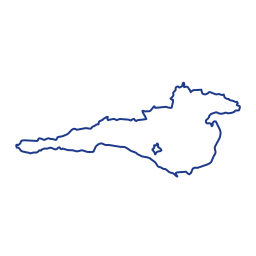 an SVG outline of Chuy, rotated 182°
{"feature_id": "KGZ-1116", "entity_name": "Chuy", "entity_type": "Region", "adm_level": 1, "iso_a3": "KGZ", "parent_name": "Kyrgyzstan", "parent_adm1": "", "projection": "natural_earth1", "projection_center": [74.767, 42.563], "detail": "fine", "context": "isolated", "style": "outline", "palette": "blue", "viewbox_px": 256, "rotation_deg": 182, "n_neighbors": 0, "source": "natural_earth", "source_scale": "10m", "svg_char_len": 5791}
<svg xmlns="http://www.w3.org/2000/svg" viewBox="0 0 256 256"><g transform="rotate(182 128 128)"><path d="M76.6,80.9L78.1,81.7L80.8,84.0L82.3,84.6L84.1,84.9L85.6,85.6L88.4,87.8L89.4,88.3L91.7,88.5L93.6,89.7L95.8,90.2L96.8,90.8L97.5,91.6L98.9,93.8L99.6,94.6L105.1,98.5L107.0,99.2L113.0,100.1L117.6,102.2L119.1,103.5L120.7,104.1L123.9,105.1L125.4,105.9L126.7,106.8L129.9,108.6L131.3,108.9L134.9,108.9L146.9,110.4L149.0,110.2L150.1,110.3L153.5,111.6L154.9,111.6L156.5,111.0L158.0,109.9L159.2,108.7L159.8,107.8L161.5,103.5L162.1,103.0L162.9,102.8L163.5,102.8L166.2,102.6L168.3,102.8L172.5,104.0L173.7,104.1L177.2,103.0L178.6,102.9L182.5,103.8L187.4,103.8L192.0,105.1L192.5,105.1L193.6,104.6L194.2,104.6L194.8,104.9L195.4,106.0L195.9,106.2L196.9,106.0L198.4,104.5L199.4,104.1L200.8,104.3L203.6,105.4L205.0,105.6L206.1,105.3L208.2,104.5L210.6,104.6L211.6,104.3L213.6,103.3L213.8,103.1L213.9,102.7L214.0,102.5L214.4,102.4L215.4,102.6L215.7,102.6L216.1,102.3L217.2,101.1L218.3,100.4L219.3,100.3L221.7,100.2L223.8,99.5L224.8,99.3L225.9,99.7L231.9,100.7L233.8,101.3L234.4,101.8L235.9,103.8L236.7,104.4L237.6,104.6L238.5,104.6L239.1,106.3L239.0,106.8L238.8,107.3L238.5,107.4L238.1,107.4L237.4,107.2L237.0,107.2L236.8,107.4L236.5,107.6L235.1,108.9L234.9,109.5L234.6,110.7L234.3,111.1L233.9,111.5L232.5,111.9L231.4,112.1L218.8,111.9L218.1,112.0L217.8,112.3L217.6,112.6L217.5,113.1L217.3,113.5L217.1,113.9L216.8,114.3L216.4,114.5L216.0,114.5L214.3,114.3L211.8,113.3L211.2,113.2L210.9,113.3L208.0,114.7L207.3,114.9L206.7,114.9L205.0,114.3L203.6,114.4L200.2,113.7L199.7,113.6L199.3,113.8L199.1,114.1L198.1,116.2L197.7,116.4L197.4,116.6L193.4,117.4L189.7,119.0L188.5,119.7L187.4,120.5L184.5,123.8L184.2,124.1L182.9,125.0L182.3,125.2L181.8,125.3L181.4,125.3L181.1,125.2L180.4,125.1L179.5,124.6L178.3,124.6L170.9,126.3L169.9,126.4L165.9,126.0L165.1,126.1L164.7,126.4L164.1,127.5L163.8,127.8L163.3,128.1L162.0,128.7L161.3,129.1L160.0,130.1L159.3,130.4L158.7,130.6L157.9,130.6L157.6,130.8L157.5,131.2L157.5,132.2L157.4,132.4L157.2,133.1L157.0,133.4L156.6,133.7L154.5,134.9L153.5,135.4L153.3,135.7L152.6,136.4L149.8,138.2L149.1,138.4L148.7,138.3L148.7,137.9L148.9,136.7L148.8,136.3L148.7,136.0L148.6,135.7L148.4,135.4L148.1,135.2L147.8,135.3L146.9,135.6L143.0,136.5L142.3,136.6L141.9,136.5L139.6,135.5L139.2,135.5L138.9,135.7L138.6,135.9L138.2,136.1L136.7,136.6L136.1,136.7L128.0,136.4L125.8,135.7L125.4,135.8L125.0,135.9L124.8,136.2L124.0,136.7L122.3,137.3L120.9,135.6L120.4,135.4L119.9,135.3L119.6,135.6L119.2,135.9L118.5,136.2L110.7,137.4L110.1,137.7L111.2,140.1L113.6,143.8L114.0,144.7L114.1,145.5L113.8,145.7L113.4,145.7L113.0,145.6L111.8,145.2L111.4,145.2L107.3,145.5L106.2,146.1L104.1,148.7L102.9,150.4L102.6,150.5L102.2,150.4L102.1,150.1L102.0,149.8L101.8,149.5L101.5,149.2L100.3,149.2L90.7,150.5L90.2,150.4L89.8,150.2L89.3,150.0L87.2,149.7L85.9,149.6L85.5,149.7L85.2,149.8L84.9,150.6L83.9,156.2L84.0,156.9L84.1,157.7L85.5,158.0L85.9,158.3L86.3,158.7L86.4,159.0L85.7,159.6L85.2,160.1L84.5,160.9L84.2,161.3L84.0,161.7L83.8,162.4L83.7,162.8L83.8,163.2L84.0,164.3L83.9,164.9L83.7,165.4L82.4,166.8L81.9,167.4L81.8,167.9L81.7,168.4L81.8,169.5L81.6,170.0L81.3,170.5L80.7,170.9L80.1,171.2L79.6,171.2L79.3,171.1L79.0,170.9L78.5,170.5L78.3,170.4L78.1,170.3L77.8,170.3L77.4,170.4L75.9,171.4L75.4,171.8L75.2,172.2L75.1,172.8L74.8,174.4L74.5,174.9L74.2,175.1L73.9,175.1L73.7,174.9L73.5,174.7L73.4,174.4L73.3,174.0L73.3,173.6L73.6,172.1L73.6,171.6L73.6,171.2L73.4,171.0L73.2,170.9L72.9,170.9L71.6,171.3L71.2,171.3L70.7,171.3L70.3,171.2L69.9,171.0L69.5,170.7L69.2,170.4L68.6,169.3L68.4,169.0L67.9,168.6L67.6,168.3L67.5,167.9L67.1,167.1L67.0,166.8L66.6,166.2L64.4,167.9L63.4,168.2L62.5,168.2L56.1,168.8L55.3,166.0L54.7,165.0L54.0,164.7L53.5,164.5L52.3,164.3L51.9,164.3L51.5,164.4L51.2,164.5L50.0,165.1L49.7,165.3L49.2,165.7L48.9,166.1L48.6,166.4L48.2,166.6L47.3,166.7L46.8,166.6L41.8,164.8L41.1,164.7L40.4,164.7L38.8,165.1L38.0,165.1L36.3,164.5L35.7,164.3L35.2,164.3L33.6,164.7L33.4,164.6L33.3,164.3L32.9,163.0L32.7,162.4L32.5,162.1L32.2,161.8L31.7,161.4L30.7,160.8L30.1,160.6L29.5,160.5L28.6,160.5L28.2,160.3L27.5,159.5L26.9,159.3L24.4,158.9L21.7,157.9L20.9,157.8L20.4,157.7L20.0,157.9L19.8,157.7L19.6,157.4L19.2,156.5L19.8,155.5L20.0,155.2L20.0,154.9L19.9,154.7L19.7,154.5L19.5,154.4L17.5,153.9L17.2,153.6L17.0,153.3L16.9,152.8L17.0,152.4L17.4,150.4L17.6,149.9L18.0,149.5L18.6,149.3L20.3,149.3L21.0,149.2L21.7,148.8L22.3,148.0L22.5,147.8L22.7,147.7L24.2,147.0L25.5,146.6L26.5,146.5L27.5,146.3L28.3,146.2L29.3,146.3L29.9,146.6L30.7,146.7L31.5,146.6L33.6,145.8L34.5,145.6L35.8,145.5L37.8,145.8L38.2,145.9L39.7,146.7L40.6,146.7L41.7,146.4L45.0,145.1L45.8,144.7L47.3,142.8L47.4,141.7L47.7,141.1L48.6,140.0L50.0,138.7L50.3,138.3L50.4,137.8L50.4,137.0L50.2,136.5L49.6,135.6L49.0,135.4L48.7,135.4L47.2,135.6L46.7,135.6L46.2,135.5L45.8,135.3L45.5,135.1L45.2,134.8L45.1,134.6L44.9,134.3L44.6,133.1L44.4,132.8L44.2,132.8L43.8,133.4L43.5,134.0L43.4,134.8L43.5,135.2L43.6,135.5L43.6,135.8L43.2,136.6L41.9,137.7L40.4,137.5L36.6,130.5L35.7,128.4L35.3,126.2L35.5,123.6L36.1,121.2L39.0,115.3L40.4,112.4L40.6,111.4L40.5,110.1L39.8,107.9L39.7,106.7L39.9,105.6L40.3,104.6L41.4,102.8L43.5,97.3L44.1,96.4L44.9,95.7L47.5,94.3L56.6,90.8L57.6,90.6L59.8,90.7L61.8,89.7L63.6,85.1L65.2,83.9L66.2,84.3L68.2,86.0L69.1,86.3L77.5,85.3L78.4,84.9L78.6,83.9L78.0,82.7L76.6,80.9ZM100.6,111.6L101.1,111.6L101.3,111.4L101.1,110.6L101.1,109.8L101.2,109.0L101.8,108.6L102.1,108.0L102.7,107.7L102.8,107.3L102.7,107.0L102.5,106.7L101.8,105.9L101.0,105.0L100.5,104.1L100.1,102.8L100.0,102.7L99.7,102.8L99.2,103.9L98.6,104.7L97.6,105.4L94.7,106.1L93.9,106.9L94.4,108.0L96.6,109.7L97.4,110.2L97.5,111.0L97.3,111.6L97.4,112.5L97.7,113.1L98.0,113.4L98.4,113.4L98.7,113.0L99.1,112.2L99.8,111.5L100.6,111.6Z" fill="none" stroke="#1e3a8a" stroke-width="2"/></g></svg>